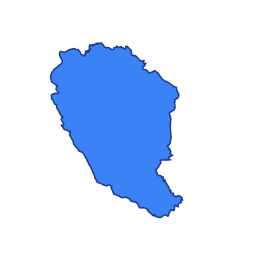 outline of Enrekang, Sulawesi Selatan, Indonesia, rotated 337°
{"feature_id": "22746128B73854324401708", "entity_name": "Enrekang", "entity_type": "district", "adm_level": 2, "iso_a3": "IDN", "parent_name": "Indonesia", "parent_adm1": "Sulawesi Selatan", "projection": "robinson", "projection_center": [119.876, -3.532], "detail": "fine", "context": "isolated", "style": "filled", "palette": "blue", "viewbox_px": 256, "rotation_deg": 337, "n_neighbors": 0, "source": "geoboundaries", "source_scale": "gbopen_adm2", "svg_char_len": 5769}
<svg xmlns="http://www.w3.org/2000/svg" viewBox="0 0 256 256"><g transform="rotate(337 128 128)"><path d="M169.4,75.5L168.0,75.2L167.6,74.7L169.0,72.2L166.9,71.8L165.3,70.5L165.1,69.1L164.3,68.2L164.2,67.6L164.4,66.9L163.8,66.2L163.4,64.7L163.0,64.2L162.5,64.1L162.2,63.9L162.0,64.1L161.8,63.5L161.2,63.5L160.8,62.8L160.1,62.4L160.3,60.9L160.6,60.3L160.4,59.6L160.6,59.1L160.9,59.0L161.2,57.2L160.6,56.3L159.2,52.7L158.3,51.9L157.7,52.1L157.3,53.3L156.3,54.2L156.0,54.0L155.1,52.6L154.6,52.1L153.9,51.9L153.6,51.3L153.8,51.0L153.6,50.6L153.1,50.6L153.0,50.3L152.8,50.3L152.7,50.7L152.4,50.4L152.2,50.5L151.5,50.4L151.2,50.5L149.6,48.4L149.0,49.1L148.3,48.8L148.0,49.0L147.6,48.8L147.3,49.0L146.4,48.6L145.7,49.9L145.3,49.9L145.0,50.2L144.7,50.0L143.4,49.2L142.7,47.9L141.1,46.1L139.6,45.9L138.6,44.8L137.9,43.7L137.7,41.8L137.0,40.7L136.7,39.3L136.1,39.5L135.6,39.1L134.7,39.0L134.3,38.6L133.5,38.9L133.4,38.4L133.0,38.6L132.2,37.8L131.6,38.3L131.5,37.9L131.2,37.8L130.3,38.1L130.1,38.4L129.6,38.2L129.0,38.6L129.1,38.2L128.7,37.8L128.4,37.7L128.0,38.0L127.7,37.4L127.5,37.5L127.4,38.0L126.7,37.5L126.3,37.7L126.1,37.1L125.2,37.3L125.0,36.9L124.7,37.4L124.2,37.7L124.4,38.2L123.6,39.3L123.7,39.8L123.4,40.2L123.9,40.5L124.1,41.1L123.8,41.1L123.3,40.9L121.8,41.0L122.2,41.8L121.7,42.7L121.2,42.4L121.0,41.6L120.5,42.2L119.9,41.7L119.8,41.3L119.3,41.4L119.0,41.0L118.9,41.6L119.2,41.9L119.5,41.7L119.4,42.0L119.0,42.3L118.7,41.8L118.6,42.0L118.6,42.6L118.3,42.7L118.3,42.1L118.0,42.1L117.6,42.5L117.7,43.6L117.1,43.7L116.6,44.8L115.8,44.7L115.8,44.1L115.5,44.1L115.5,43.9L114.8,43.3L114.3,42.4L114.0,42.5L113.4,41.5L113.5,38.4L112.9,37.7L112.9,36.5L112.5,36.2L110.7,35.7L110.3,34.4L110.1,34.1L109.4,34.0L108.9,34.2L108.2,33.4L107.0,33.5L105.1,33.0L104.0,33.2L103.2,33.0L101.1,33.7L99.8,33.6L97.3,32.5L96.3,31.3L95.9,31.3L95.4,31.3L94.8,31.7L94.2,32.3L93.7,33.5L93.4,36.3L93.8,38.0L93.8,40.3L93.3,41.4L92.3,42.6L91.2,42.8L90.2,43.4L89.0,43.2L88.4,43.3L87.2,44.2L86.6,44.2L85.9,44.5L85.2,44.5L82.6,45.3L78.4,48.2L76.6,50.6L76.7,51.3L76.2,52.2L76.1,54.0L75.7,55.6L76.3,56.1L76.4,56.8L77.0,57.9L78.3,59.3L78.7,61.6L80.4,61.0L78.6,61.7L76.8,64.5L77.4,66.0L77.5,67.0L78.0,67.8L78.0,68.5L76.7,68.8L75.5,67.8L73.2,67.6L72.9,67.4L70.9,67.6L70.3,67.8L69.6,70.2L68.9,71.0L69.8,72.8L69.7,74.0L69.7,74.9L70.0,75.4L69.8,76.8L70.0,77.6L71.4,79.1L70.8,80.0L70.3,82.5L71.0,85.4L70.8,86.8L70.9,88.6L71.4,89.8L71.3,91.6L71.5,92.2L72.0,92.0L72.4,92.2L71.4,93.2L70.2,93.3L69.9,93.9L70.0,96.4L70.4,98.2L70.3,99.2L69.9,100.2L69.4,100.2L68.8,99.7L67.9,99.4L67.6,99.5L68.4,101.7L68.5,103.6L68.9,104.6L70.1,105.5L72.3,107.7L73.0,107.9L73.5,108.6L73.3,109.1L72.4,109.4L72.5,110.1L71.8,110.9L72.3,111.8L72.1,112.5L71.6,112.6L71.9,112.9L71.8,115.7L72.3,117.2L72.3,118.5L71.7,121.3L72.5,124.5L73.8,128.0L73.6,129.2L74.0,130.2L76.5,132.6L77.3,135.9L77.4,137.6L77.3,138.5L77.7,139.1L77.6,142.2L78.0,145.9L77.8,146.7L78.4,148.2L78.5,159.4L77.8,161.2L78.4,162.5L78.5,163.4L78.3,163.7L78.4,165.8L80.1,167.5L81.3,168.2L82.2,169.7L83.4,171.0L85.7,172.9L86.7,173.0L87.3,172.8L88.2,173.1L88.6,173.3L89.6,174.2L89.8,175.0L90.2,175.3L89.2,175.7L89.1,183.3L90.1,184.0L92.5,186.6L93.3,187.2L94.8,189.5L95.8,190.0L97.1,190.2L97.8,190.8L99.5,191.0L100.0,191.3L100.2,192.3L101.9,194.0L101.7,195.2L102.7,197.0L103.5,197.5L103.9,197.4L104.1,197.8L104.5,197.9L104.4,198.2L104.7,198.4L105.3,198.4L106.3,199.6L106.9,200.8L107.3,203.3L107.3,205.0L107.6,206.1L112.0,207.9L113.3,209.4L113.8,209.7L114.0,212.1L114.5,212.5L114.2,213.2L115.6,215.0L115.6,216.0L116.5,217.0L116.4,217.8L117.0,217.7L117.2,218.7L118.8,218.6L118.5,219.3L118.9,219.7L118.8,220.3L119.8,220.9L121.1,222.1L122.3,222.7L123.7,223.1L125.1,222.8L126.2,222.4L128.1,222.4L129.2,223.2L130.1,224.7L130.6,224.7L131.4,223.9L132.5,222.2L133.5,221.9L135.3,220.3L135.9,220.2L137.6,221.9L138.3,221.9L140.9,217.5L141.3,217.6L142.6,219.4L143.1,219.9L143.4,220.0L143.9,218.6L145.0,217.5L146.0,217.2L147.9,217.4L147.6,216.7L148.4,215.9L148.8,215.0L149.4,215.2L149.9,215.7L150.0,215.5L150.2,215.0L149.9,214.6L149.8,213.7L150.3,213.4L150.5,213.0L150.3,212.6L149.7,212.3L149.4,211.2L148.8,210.5L147.5,209.7L147.1,209.7L146.0,210.5L144.9,209.9L143.6,207.2L143.6,206.6L144.2,205.8L143.1,205.4L142.1,204.1L142.0,203.0L142.9,202.9L143.2,202.4L143.0,201.9L142.4,201.7L142.1,201.0L142.3,198.6L142.1,196.4L141.4,195.4L141.8,194.7L141.8,194.2L141.4,193.3L141.5,192.4L140.9,191.8L141.6,191.4L141.4,190.6L141.5,190.1L140.8,190.4L139.5,190.1L139.6,189.8L140.5,189.3L141.1,186.6L140.6,186.6L140.1,186.9L139.8,186.7L139.6,185.9L139.7,185.2L139.4,184.6L137.5,183.8L136.9,181.9L136.6,181.7L137.2,180.5L136.9,178.9L137.9,177.6L138.2,176.7L138.5,176.5L139.2,176.5L141.1,175.7L141.5,175.3L142.1,174.3L143.5,173.8L144.3,173.1L144.8,172.3L145.2,170.4L147.8,171.1L149.0,171.7L149.9,171.9L150.7,172.7L151.2,172.7L151.4,172.2L153.3,173.4L154.4,173.7L153.7,172.8L153.9,170.6L156.2,171.0L157.5,170.4L158.1,170.4L157.3,169.6L157.3,168.7L157.0,168.4L157.2,167.8L157.4,167.7L157.6,166.8L158.1,166.6L158.0,165.9L158.2,165.5L158.3,164.7L158.0,164.4L158.1,163.8L157.3,163.8L157.3,162.9L157.7,162.4L157.5,161.6L157.7,161.4L157.3,161.1L157.0,160.2L157.5,160.1L158.4,159.4L159.3,159.6L161.1,158.2L162.1,156.2L163.3,154.8L164.0,153.5L164.9,151.0L165.3,149.3L167.4,143.3L168.6,140.7L170.8,136.8L171.4,134.5L171.6,131.1L172.0,130.4L172.6,130.0L173.4,130.0L175.1,129.5L176.9,129.6L178.3,128.7L179.4,127.4L180.9,122.3L181.2,121.8L181.5,122.0L181.9,120.3L185.5,119.9L187.2,118.3L187.9,116.7L187.6,111.8L188.4,110.0L188.2,109.2L186.2,107.7L185.6,106.3L182.3,101.0L181.6,100.1L180.7,99.9L178.8,96.8L177.8,93.2L177.0,89.0L175.8,87.0L175.0,85.7L174.4,85.5L172.1,86.0L168.8,85.4L167.9,82.4L167.1,81.2L164.8,79.9L165.7,77.1L167.6,77.4L167.7,76.8L169.4,75.5Z" fill="#3b82f6" stroke="#1e3a8a" stroke-width="1.5"/></g></svg>